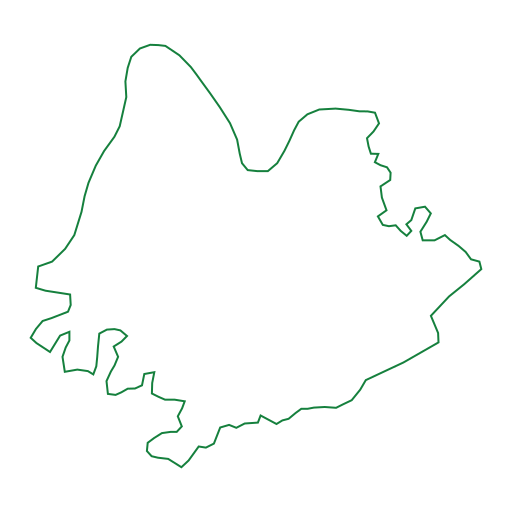 the district of Novo Machado, Rio Grande do Sul, Brazil
{"feature_id": "56859067B53654769142521", "entity_name": "Novo Machado", "entity_type": "district", "adm_level": 2, "iso_a3": "BRA", "parent_name": "Brazil", "parent_adm1": "Rio Grande do Sul", "projection": "albers", "projection_center": [-54.541, -27.542], "detail": "fine", "context": "isolated", "style": "outline", "palette": "green", "viewbox_px": 512, "rotation_deg": 0, "n_neighbors": 0, "source": "geoboundaries", "source_scale": "gbopen_adm2", "svg_char_len": 2181}
<svg xmlns="http://www.w3.org/2000/svg" viewBox="0 0 512 512"><path d="M375.0,112.7L367.6,111.4L359.3,111.3L348.7,109.8L335.6,108.6L319.3,109.5L307.4,114.3L298.7,121.7L294.1,130.3L289.4,140.8L284.4,150.9L277.2,163.2L267.9,171.1L257.0,171.1L247.7,170.1L242.0,163.2L239.7,153.5L237.1,139.6L230.0,123.2L219.8,107.2L210.1,93.3L201.2,81.1L196.6,74.7L190.9,67.1L179.4,55.3L165.4,45.9L158.4,45.1L150.2,44.8L139.9,48.5L131.3,56.8L127.7,67.9L125.4,81.4L126.3,97.1L122.3,114.8L119.7,126.3L114.4,136.8L104.1,151.0L95.8,165.6L88.5,182.8L84.6,196.2L81.5,211.9L74.3,235.1L65.1,248.9L52.1,261.6L38.2,266.5L35.8,287.8L45.5,290.7L55.9,292.3L70.1,294.5L70.7,305.0L68.0,311.7L51.5,318.1L42.6,321.0L36.0,328.9L30.7,337.8L36.5,343.1L50.0,352.0L60.1,335.6L69.4,331.8L69.4,340.5L65.7,347.5L62.5,356.8L64.8,371.8L77.3,369.6L87.9,371.1L93.3,374.4L96.3,366.3L97.2,357.2L98.0,346.5L99.3,333.6L106.9,329.6L114.5,329.1L120.4,330.4L127.0,336.0L121.5,341.6L113.7,346.5L118.1,356.8L114.5,365.5L110.9,371.5L106.5,381.1L107.9,393.9L115.6,394.9L121.4,392.3L127.7,388.7L135.0,388.5L142.0,385.3L144.3,374.0L154.3,372.2L152.2,383.0L151.9,393.5L158.5,396.8L165.1,399.7L174.8,399.7L184.7,401.3L182.1,408.3L177.8,416.3L181.8,426.4L176.7,431.9L170.5,431.9L161.9,433.1L154.3,437.9L147.7,442.8L146.9,451.0L151.6,456.2L157.9,457.7L168.2,458.9L181.4,467.2L188.6,460.5L198.7,446.5L205.9,447.6L213.9,443.6L220.2,427.5L229.1,424.9L236.3,427.8L244.7,423.5L257.9,422.6L260.6,415.5L276.5,424.0L282.4,420.4L288.6,418.8L295.6,413.0L301.3,408.8L307.6,408.8L313.9,407.6L324.7,407.0L336.1,407.8L342.9,404.4L351.7,400.2L360.2,389.7L365.8,380.1L403.4,362.5L438.5,342.4L438.1,333.0L434.8,325.1L430.9,315.8L449.1,296.4L464.1,284.3L481.3,269.1L479.4,261.6L471.0,259.3L465.7,252.0L458.7,246.0L450.1,239.9L444.9,235.1L434.6,240.3L422.7,240.3L420.4,231.7L426.7,221.7L430.8,213.4L425.0,206.7L415.3,208.4L411.3,220.1L406.4,224.3L411.3,230.9L406.7,235.8L400.7,230.9L395.7,225.3L388.9,226.2L382.8,224.9L377.9,216.4L386.5,210.3L381.9,197.6L380.5,186.4L390.2,180.0L390.6,172.7L387.0,167.3L380.5,165.2L374.9,162.2L378.3,153.9L370.9,153.7L368.6,146.5L367.0,138.2L373.5,131.5L379.0,123.4L375.0,112.7Z" fill="none" stroke="#15803d" stroke-width="2"/></svg>